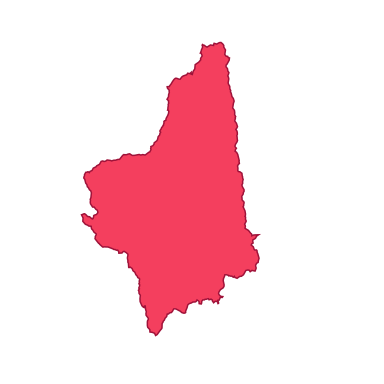 the district of Van Yen, Yên Bái, Vietnam, rotated 36°
{"feature_id": "81297802B29692958480362", "entity_name": "Van Yen", "entity_type": "district", "adm_level": 2, "iso_a3": "VNM", "parent_name": "Vietnam", "parent_adm1": "Yên Bái", "projection": "natural_earth1", "projection_center": [104.531, 21.931], "detail": "fine", "context": "isolated", "style": "filled", "palette": "rose", "viewbox_px": 384, "rotation_deg": 36, "n_neighbors": 0, "source": "geoboundaries", "source_scale": "gbopen_adm2", "svg_char_len": 6087}
<svg xmlns="http://www.w3.org/2000/svg" viewBox="0 0 384 384"><g transform="rotate(36 192 192)"><path d="M121.1,83.1L119.7,87.1L121.9,90.8L122.0,93.7L123.2,96.8L122.0,97.2L121.0,95.7L120.7,97.3L120.1,97.8L118.7,98.4L118.8,100.2L116.6,103.4L116.1,105.1L116.1,107.8L115.1,108.4L112.8,109.0L111.7,109.8L111.3,111.5L111.3,113.9L111.6,116.8L111.5,119.3L111.7,120.0L110.0,121.4L110.9,122.3L111.8,122.7L112.7,122.7L114.1,123.4L114.6,124.4L115.3,125.0L115.7,126.7L117.0,128.8L117.3,131.7L119.5,132.0L120.0,133.0L120.9,133.7L121.2,135.1L122.3,136.4L122.6,137.3L124.0,139.5L124.1,140.1L125.0,139.9L125.8,140.4L126.8,142.2L127.4,144.5L127.8,147.6L128.7,149.5L127.9,150.6L127.8,151.4L128.9,152.8L129.2,154.1L129.7,154.6L129.5,155.6L129.8,156.4L129.5,157.5L130.0,159.4L130.0,161.0L130.3,161.7L131.2,161.9L131.6,162.3L131.5,163.2L132.3,164.8L132.1,167.1L133.3,169.9L133.4,171.4L132.5,174.4L133.2,175.8L133.1,177.6L132.0,179.4L132.6,179.9L132.9,181.0L133.9,181.8L134.3,184.4L133.7,185.2L132.5,189.3L132.0,189.8L130.1,190.7L128.9,192.2L127.2,192.7L124.2,195.9L122.5,197.3L121.7,197.6L119.2,197.7L117.9,199.0L117.4,200.0L115.6,201.5L114.9,201.7L114.4,203.1L114.2,208.2L112.9,209.2L111.3,211.4L110.1,212.2L108.7,214.1L107.5,214.4L104.5,216.0L104.0,217.8L103.6,218.2L102.9,219.0L101.6,219.3L100.5,220.6L100.9,224.0L99.5,226.8L99.5,228.1L98.1,230.7L98.5,233.3L97.4,235.3L97.5,236.7L96.0,236.7L95.6,237.2L95.5,237.7L94.5,238.5L94.8,241.1L95.5,242.1L95.8,243.6L96.6,244.5L97.7,244.7L100.8,247.3L102.6,247.8L104.3,249.3L105.4,249.3L107.8,250.5L109.3,250.5L111.1,251.8L113.5,255.9L114.0,257.8L114.9,258.6L115.6,260.0L116.8,261.2L120.4,262.6L121.8,261.7L124.4,262.5L125.9,262.4L127.0,263.0L128.0,264.1L127.9,266.4L126.9,267.7L126.4,268.6L126.4,269.1L127.1,269.9L127.1,270.8L127.6,271.6L127.3,272.3L126.6,272.5L123.7,272.2L121.9,273.2L119.5,272.7L118.0,272.7L117.5,273.0L116.0,275.4L119.1,277.0L120.9,279.9L124.7,280.8L127.4,280.1L128.2,280.3L129.8,279.5L130.3,279.0L130.7,279.0L131.5,280.1L132.6,280.9L134.1,281.1L136.3,282.1L139.1,282.2L139.6,282.8L139.9,284.9L140.4,285.5L140.9,286.7L141.3,286.9L146.6,288.4L147.0,288.2L148.1,288.6L151.9,289.0L152.4,288.9L153.0,288.1L156.5,285.8L161.4,284.5L162.7,284.4L163.6,283.7L164.9,283.6L166.1,282.7L167.8,283.4L168.8,284.5L171.2,282.5L171.3,280.7L172.0,279.9L174.5,279.7L176.7,280.0L177.6,281.3L178.1,282.7L179.0,283.9L180.3,285.0L181.4,286.5L182.4,287.0L185.1,290.2L185.5,290.2L186.1,289.1L188.5,289.1L190.6,290.4L192.9,290.5L195.2,291.9L197.2,292.3L198.4,293.1L200.1,292.9L200.8,293.2L201.8,295.3L202.6,296.0L203.0,297.5L203.8,297.5L204.8,298.7L205.4,301.0L206.4,301.3L206.4,303.0L207.3,303.4L208.8,305.2L210.9,305.9L212.7,309.0L214.5,311.2L218.4,313.5L220.4,313.8L221.5,313.5L220.5,312.7L220.8,311.9L221.2,311.7L223.5,314.3L225.4,315.7L226.2,317.4L227.3,318.7L230.7,319.8L231.2,320.2L231.6,320.9L231.6,322.0L232.2,323.3L234.4,326.3L235.7,327.5L238.7,328.1L240.3,330.0L242.3,328.9L244.8,328.3L246.9,329.5L247.6,327.8L247.6,322.7L247.8,320.3L247.6,319.6L245.1,315.9L245.1,314.5L244.7,313.5L244.9,311.8L244.4,310.1L244.7,307.7L243.7,305.3L244.7,304.5L244.9,303.0L246.2,301.6L246.3,299.9L245.9,297.4L246.9,296.5L248.1,296.0L252.9,295.3L254.3,295.6L256.1,295.1L257.4,294.2L257.7,293.2L256.9,292.2L256.0,288.5L255.0,286.0L255.0,285.2L255.4,283.9L256.8,282.0L257.3,280.6L259.2,279.1L259.7,278.1L259.5,276.4L261.3,276.3L262.1,276.5L263.4,278.1L265.3,277.2L265.1,276.2L264.1,274.7L264.2,272.9L265.5,271.9L265.6,271.1L266.6,270.4L267.8,268.7L268.1,268.6L269.0,269.2L269.7,268.6L270.3,267.5L271.9,267.4L272.1,267.5L272.4,268.1L274.6,268.9L275.0,267.0L275.7,266.2L277.2,265.9L278.1,266.4L278.5,267.0L278.9,266.6L278.8,266.2L277.7,265.3L276.8,265.1L276.5,264.5L277.5,263.5L276.9,260.9L277.8,259.9L278.5,259.5L278.4,258.5L277.0,259.3L275.6,259.5L274.1,259.1L273.0,258.3L272.5,256.7L272.4,254.3L273.5,251.4L273.4,249.7L272.6,248.3L269.4,245.4L268.4,243.6L267.8,240.9L267.2,239.8L268.3,238.8L270.1,238.1L271.0,238.3L271.3,237.8L272.5,237.5L273.8,236.6L275.5,236.7L275.8,236.3L275.8,235.4L277.0,235.9L279.2,235.3L280.2,232.3L281.5,231.1L282.3,228.7L281.7,223.8L283.1,222.2L284.3,221.7L285.9,222.3L286.6,220.2L289.5,218.9L288.8,216.2L288.2,215.4L287.5,215.0L286.4,213.7L286.2,211.5L286.9,210.1L286.1,208.7L285.2,206.2L281.4,203.2L280.3,202.6L278.9,201.1L278.2,201.0L277.0,202.0L276.2,202.0L273.8,200.3L271.1,200.1L270.8,198.6L271.4,197.7L271.4,197.3L270.2,196.3L269.4,195.1L270.5,192.4L270.5,191.5L270.2,189.8L271.0,187.5L267.3,190.4L266.1,192.2L265.7,191.5L264.7,190.9L263.8,190.9L260.3,189.9L256.9,190.2L256.1,190.1L255.5,188.6L254.6,187.7L253.5,187.1L253.1,184.0L252.4,183.2L251.4,182.8L250.1,180.8L249.2,180.6L249.0,179.6L248.2,178.3L245.9,176.1L242.0,173.9L241.9,172.8L241.1,171.6L240.5,170.1L239.4,169.3L237.8,169.2L236.9,168.7L235.9,167.3L235.1,166.8L234.8,166.0L234.6,163.5L233.9,162.4L233.7,160.8L232.7,159.5L229.8,158.2L228.2,157.0L227.9,155.1L226.9,154.0L225.9,151.6L225.0,151.2L223.8,149.8L223.1,149.4L221.4,147.5L218.8,147.5L217.5,148.2L216.5,147.8L215.2,145.8L213.5,144.1L213.3,142.5L213.6,141.1L212.0,139.5L211.7,138.8L206.9,134.7L204.8,133.7L202.9,133.7L202.2,131.9L202.2,130.5L200.4,130.1L199.9,129.8L199.6,129.2L199.1,127.5L199.0,125.2L198.5,123.5L197.5,122.6L196.0,120.8L195.2,120.2L194.8,118.7L193.8,117.4L192.6,116.3L190.7,115.6L190.7,114.1L190.4,112.4L187.6,110.3L184.8,109.4L183.8,106.9L183.1,106.2L183.1,105.4L181.1,104.4L179.8,102.5L178.3,101.0L175.5,100.1L173.3,95.7L172.8,94.0L172.4,93.5L170.4,92.0L168.2,91.3L165.6,89.0L164.3,88.4L163.6,87.1L162.1,86.4L160.4,84.3L158.3,83.4L157.1,82.5L155.3,78.9L154.0,77.7L152.7,77.0L152.0,74.4L151.6,73.6L150.1,73.2L148.1,71.3L145.9,70.7L145.0,69.3L145.2,68.1L144.6,63.5L143.5,61.5L142.4,62.0L141.1,61.3L139.9,62.1L137.7,61.5L135.6,57.4L132.5,56.1L131.8,55.0L131.2,54.6L129.6,54.1L127.5,54.0L126.3,55.1L125.0,57.8L122.5,58.7L122.8,60.0L123.3,60.8L120.5,62.2L119.0,65.9L117.2,66.2L115.9,66.0L115.2,66.4L113.8,66.5L113.9,67.3L115.0,68.0L115.6,69.1L116.0,71.2L116.6,72.6L117.1,74.7L117.8,74.3L120.1,75.8L120.3,76.2L120.4,78.6L120.7,79.3L121.4,80.0L121.1,83.1Z" fill="#f43f5e" stroke="#9f1239" stroke-width="1.5"/></g></svg>